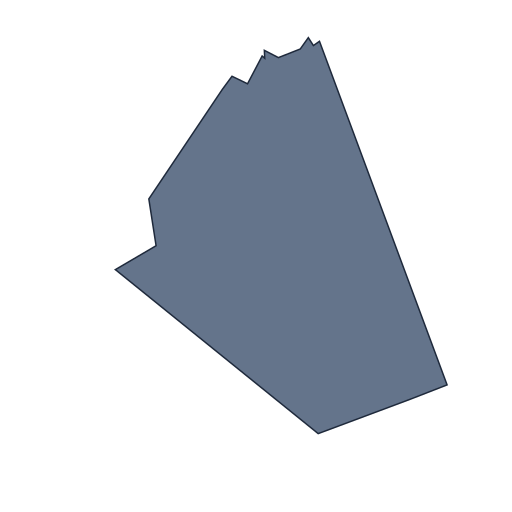 the district of Brown, Texas, United States of America, rotated 159°
{"feature_id": "52423323B78869774166833", "entity_name": "Brown", "entity_type": "district", "adm_level": 2, "iso_a3": "USA", "parent_name": "United States of America", "parent_adm1": "Texas", "projection": "albers", "projection_center": [-99.046, 31.764], "detail": "fine", "context": "isolated", "style": "filled", "palette": "slate", "viewbox_px": 512, "rotation_deg": 159, "n_neighbors": 0, "source": "geoboundaries", "source_scale": "gbopen_adm2", "svg_char_len": 383}
<svg xmlns="http://www.w3.org/2000/svg" viewBox="0 0 512 512"><g transform="rotate(159 256 256)"><path d="M123.8,67.2L119.8,433.7L127.0,431.9L128.9,441.1L140.5,433.4L164.0,433.2L174.5,445.0L177.0,437.5L178.6,440.5L202.2,419.8L214.0,432.4L227.6,423.7L335.6,347.7L345.6,301.4L392.2,293.7L261.6,67.9L163.0,67.0L123.8,67.2Z" fill="#64748b" stroke="#1e293b" stroke-width="1.5"/></g></svg>